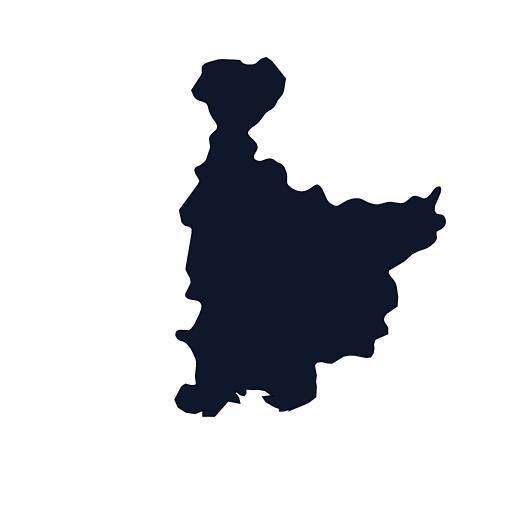 the Province of Rieti, rotated 305°
{"feature_id": "ITA-5424", "entity_name": "Rieti", "entity_type": "Province", "adm_level": 1, "iso_a3": "ITA", "parent_name": "Italy", "parent_adm1": "", "projection": "equal_earth", "projection_center": [13.027, 42.421], "detail": "fine", "context": "isolated", "style": "filled", "palette": "ink", "viewbox_px": 512, "rotation_deg": 305, "n_neighbors": 0, "source": "natural_earth", "source_scale": "10m", "svg_char_len": 4053}
<svg xmlns="http://www.w3.org/2000/svg" viewBox="0 0 512 512"><g transform="rotate(305 256 256)"><path d="M111.5,315.0L101.1,313.9L94.5,304.4L99.4,301.1L92.2,296.4L88.1,288.1L87.7,279.0L91.9,272.1L105.9,270.3L108.1,270.9L110.4,271.9L112.6,277.6L114.7,280.3L116.4,280.8L117.8,280.3L122.3,275.9L132.0,270.5L135.9,267.7L137.9,265.4L142.0,258.4L143.4,255.4L144.9,250.0L145.1,248.1L145.0,246.2L144.6,244.6L144.0,243.0L143.6,241.2L143.7,239.1L145.1,236.1L146.8,235.0L148.7,234.7L150.2,235.4L151.4,236.5L156.4,244.4L159.4,245.2L164.3,245.4L176.3,243.5L181.4,242.0L184.7,240.4L185.6,239.1L186.2,237.7L186.7,236.1L186.6,234.4L186.2,232.8L183.4,227.0L182.8,225.4L182.6,223.7L183.1,221.6L184.5,220.5L196.7,218.6L196.9,218.5L197.7,217.9L199.6,216.1L200.5,214.9L204.4,207.4L205.7,206.0L237.9,190.8L241.8,188.3L242.3,186.8L242.3,185.0L241.9,183.3L241.4,181.8L240.7,180.4L241.4,176.2L249.7,167.2L280.7,167.9L284.7,167.5L285.5,166.9L286.3,165.9L287.0,164.6L288.5,161.1L289.5,159.1L291.3,156.8L293.1,156.3L294.6,156.7L297.8,158.7L300.1,159.6L304.0,160.5L306.4,160.5L317.7,157.2L319.6,156.3L325.5,150.8L327.8,150.1L330.4,150.2L336.6,151.6L338.8,151.3L340.4,150.5L341.4,149.2L342.3,147.8L343.0,146.3L344.7,141.3L346.2,138.2L347.8,135.5L351.9,130.6L352.6,129.2L353.1,127.5L353.0,125.8L352.7,124.1L351.6,121.0L351.2,119.3L351.0,117.5L351.3,115.3L351.8,113.6L355.0,108.4L372.2,107.9L374.0,107.6L375.6,107.0L379.3,104.3L380.3,103.9L381.5,103.7L383.8,104.4L386.7,106.1L394.5,112.5L397.2,115.6L406.6,130.4L405.7,134.3L406.1,136.2L406.9,138.7L408.9,141.8L410.3,143.6L411.7,145.0L413.1,145.8L414.8,146.4L418.7,147.3L420.4,148.0L421.8,148.8L423.1,149.7L424.2,150.8L424.3,154.3L424.2,157.2L420.5,169.9L418.0,178.3L406.8,183.6L405.2,184.1L403.2,184.4L395.4,183.9L390.0,184.8L388.1,184.7L384.7,183.7L383.3,182.9L380.0,181.7L378.3,181.3L368.1,181.0L364.3,180.2L359.3,178.3L355.5,177.6L353.6,177.5L352.1,177.8L350.7,179.5L349.7,182.2L348.8,188.3L347.8,191.7L345.5,194.6L343.5,195.3L337.7,195.8L336.1,196.4L335.0,197.4L334.1,198.8L333.8,200.7L334.6,203.6L335.6,205.3L336.9,206.6L340.9,209.3L342.1,210.4L343.1,211.6L343.9,212.9L344.4,214.6L344.5,216.3L344.3,219.2L344.4,220.3L345.2,223.3L345.1,225.5L344.4,228.1L341.9,232.0L340.3,233.9L338.6,235.3L333.5,238.8L332.5,240.0L331.8,242.0L331.4,244.6L331.7,248.8L332.2,251.4L332.8,253.5L334.2,256.3L336.2,258.7L337.4,259.7L340.2,261.5L346.9,264.0L348.3,264.8L349.3,265.9L349.3,268.4L348.2,271.8L342.5,281.3L341.5,283.7L341.1,285.8L341.3,289.8L341.9,292.1L342.8,293.8L343.9,294.9L353.3,299.2L357.1,302.0L359.3,304.2L361.1,306.7L361.9,308.1L362.4,309.6L363.5,316.9L364.4,320.3L365.5,323.3L367.2,326.2L368.2,327.4L375.3,333.5L376.3,334.7L377.2,336.0L381.5,344.4L382.5,345.6L383.5,346.7L384.9,347.6L386.4,348.4L393.4,350.1L394.3,350.6L395.2,351.3L396.1,352.4L396.8,353.8L397.3,355.4L398.1,358.8L398.6,360.4L399.5,361.7L400.7,362.6L402.3,363.4L406.2,364.2L412.2,364.2L414.1,364.5L415.7,365.1L417.1,366.0L417.8,367.3L416.4,368.9L413.1,370.4L399.6,373.2L395.4,375.7L394.1,377.7L393.6,379.8L394.0,381.4L395.5,384.2L396.0,385.6L395.8,387.2L395.1,388.5L394.2,389.8L393.1,390.9L391.8,391.8L390.0,392.5L387.9,392.7L384.4,391.7L380.7,389.6L379.2,389.3L377.1,390.7L374.3,393.2L372.3,393.8L369.5,393.8L364.6,392.6L362.0,391.5L360.0,390.5L353.5,385.7L347.5,382.5L336.4,379.8L320.7,372.7L319.0,373.0L317.3,374.2L315.8,378.1L314.5,383.0L313.7,384.6L312.9,386.0L311.5,388.0L303.5,395.5L295.9,400.0L295.7,400.1L284.1,395.7L280.1,395.4L276.9,396.5L275.2,398.5L272.7,404.8L267.8,408.3L256.2,401.2L251.0,402.6L247.9,405.4L243.5,407.5L239.2,407.6L236.3,404.5L231.5,393.5L228.3,388.9L224.4,385.0L211.9,379.5L209.5,375.6L207.3,370.0L204.0,366.6L200.0,366.3L192.5,373.8L186.9,376.8L183.7,380.0L174.8,385.6L165.8,382.7L149.3,372.2L151.0,372.3L145.1,367.5L142.6,364.2L144.8,362.7L143.3,357.5L142.5,347.9L144.5,342.5L151.0,349.8L151.2,340.7L148.5,334.6L144.7,329.5L141.3,323.7L137.5,326.5L134.9,326.2L133.6,323.0L133.9,317.2L131.2,317.2L130.5,321.3L129.5,323.3L126.2,326.9L121.3,316.1L111.8,315.1L111.5,315.0Z" fill="#0f172a" stroke="#020617" stroke-width="1.5"/></g></svg>